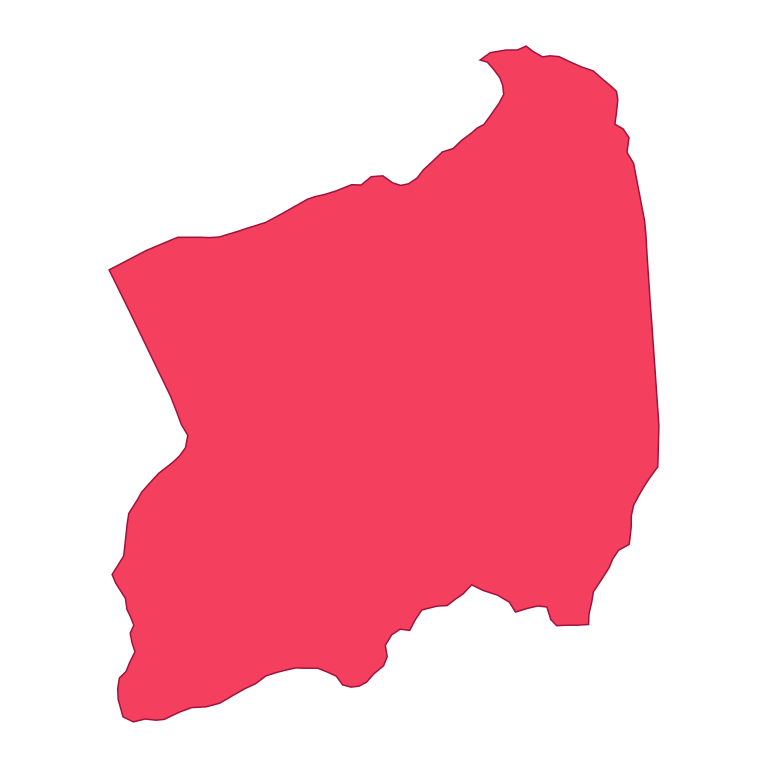 Magé, Rio de Janeiro, Brazil (Albers equal-area conic projection)
{"feature_id": "56859067B89003269813909", "entity_name": "Magé", "entity_type": "district", "adm_level": 2, "iso_a3": "BRA", "parent_name": "Brazil", "parent_adm1": "Rio de Janeiro", "projection": "albers", "projection_center": [-43.116, -22.606], "detail": "fine", "context": "isolated", "style": "filled", "palette": "rose", "viewbox_px": 768, "rotation_deg": 0, "n_neighbors": 0, "source": "geoboundaries", "source_scale": "gbopen_adm2", "svg_char_len": 2175}
<svg xmlns="http://www.w3.org/2000/svg" viewBox="0 0 768 768"><path d="M133.4,721.9L145.1,719.0L156.0,720.2L164.3,719.4L172.5,715.4L180.0,711.9L191.7,707.6L206.1,706.8L219.7,703.2L233.0,695.4L244.6,688.8L255.6,683.7L265.9,675.9L277.2,672.3L285.8,670.1L295.8,667.9L304.6,668.2L317.7,668.2L327.9,672.3L336.3,676.2L342.7,684.9L351.0,687.1L358.9,686.2L366.4,682.3L373.7,674.0L383.6,665.7L387.2,656.7L385.3,645.3L391.7,634.8L400.2,629.2L409.7,630.4L415.4,619.5L421.8,610.0L437.1,606.1L447.1,605.6L455.6,599.0L463.1,593.9L471.6,584.8L483.0,590.4L497.4,595.1L509.4,602.2L515.5,612.1L527.4,608.4L537.6,606.0L546.9,607.0L550.8,619.6L556.7,625.7L566.9,625.2L576.1,625.2L588.6,624.5L589.0,614.0L591.8,601.8L593.4,591.8L599.3,582.9L604.6,574.8L609.2,567.5L612.6,559.2L618.4,550.4L629.2,544.3L630.5,533.8L631.3,525.6L631.3,515.9L633.6,505.3L639.3,494.6L644.9,485.1L650.1,477.3L657.8,466.8L658.9,425.4L653.8,351.9L651.5,319.3L650.2,302.3L648.7,279.1L647.9,267.9L647.0,254.0L645.9,234.3L644.6,220.9L633.6,163.4L627.0,152.3L629.0,137.6L623.1,128.9L614.9,124.2L616.5,112.5L617.8,99.7L616.5,91.4L611.0,86.2L601.6,78.4L593.2,70.9L581.6,67.0L569.0,61.4L559.0,56.6L549.9,55.8L542.5,56.9L532.8,51.3L526.1,46.1L517.3,50.0L506.0,50.0L490.2,52.7L480.1,60.0L487.4,62.2L493.9,69.7L499.9,77.8L502.7,85.3L503.7,94.4L498.8,103.6L490.6,115.3L483.9,124.5L477.3,128.0L471.4,133.1L461.8,140.2L453.2,148.5L442.4,151.9L432.3,161.6L423.5,169.7L417.0,178.1L408.5,183.8L400.7,185.4L392.5,182.8L382.8,175.8L371.2,176.7L361.2,185.0L351.5,184.7L343.2,188.1L335.5,191.1L324.5,194.5L314.9,196.7L307.3,199.3L281.9,213.7L265.7,222.4L255.7,225.6L246.2,228.5L239.3,230.9L230.0,233.7L219.2,237.0L209.5,237.6L200.7,237.3L177.8,237.3L170.2,240.4L146.4,250.4L109.1,269.9L130.0,312.3L159.4,373.2L165.7,386.1L170.7,396.6L176.7,411.9L181.4,424.6L187.8,435.3L185.5,447.7L179.5,456.0L172.6,462.5L158.7,473.3L148.2,484.7L141.8,492.0L137.4,499.8L128.8,513.4L127.3,522.9L123.7,556.0L112.1,574.5L115.7,583.1L125.4,598.4L127.0,609.6L130.5,616.7L133.8,625.2L130.2,633.2L131.9,642.3L135.0,651.8L129.7,662.4L126.1,671.4L119.4,678.0L117.7,688.5L118.2,699.4L123.0,716.8L133.4,721.9Z" fill="#f43f5e" stroke="#9f1239" stroke-width="1.5"/></svg>